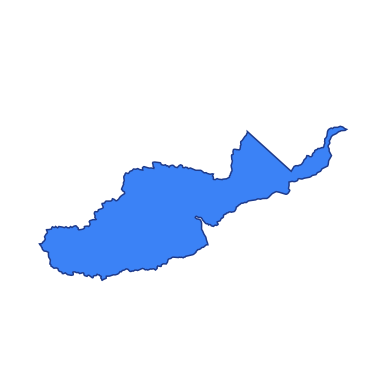 Huacaybamba, Huánuco, Peru (Robinson projection), rotated 310°
{"feature_id": "86281439B62210146896152", "entity_name": "Huacaybamba", "entity_type": "district", "adm_level": 2, "iso_a3": "PER", "parent_name": "Peru", "parent_adm1": "Huánuco", "projection": "robinson", "projection_center": [-76.78, -9.003], "detail": "fine", "context": "isolated", "style": "filled", "palette": "blue", "viewbox_px": 384, "rotation_deg": 310, "n_neighbors": 0, "source": "geoboundaries", "source_scale": "gbopen_adm2", "svg_char_len": 6037}
<svg xmlns="http://www.w3.org/2000/svg" viewBox="0 0 384 384"><g transform="rotate(310 192 192)"><path d="M120.3,218.5L122.4,218.3L125.0,217.1L125.9,217.3L127.5,218.5L128.9,218.7L129.9,219.3L133.1,223.8L133.8,224.0L134.3,225.0L135.3,225.9L136.0,227.6L137.0,227.8L137.7,228.5L138.6,228.5L144.5,232.9L145.4,233.3L148.3,233.8L149.0,233.4L151.6,233.5L152.4,234.3L154.1,235.1L155.6,235.1L157.1,236.3L160.7,236.9L161.8,238.1L162.8,236.8L164.3,234.2L166.3,231.6L167.4,228.2L168.9,225.3L169.6,223.3L174.3,219.4L175.2,218.2L175.9,216.4L175.9,215.6L174.5,212.9L174.4,211.1L174.7,210.7L175.8,210.7L176.4,211.2L176.6,213.1L178.1,215.0L178.2,215.5L178.0,217.0L177.5,217.8L176.7,222.6L177.1,223.8L177.8,224.4L177.4,225.8L178.1,226.1L178.9,227.1L178.5,228.5L179.4,230.5L181.2,230.9L181.8,231.4L182.3,232.4L183.7,232.8L184.2,232.7L184.6,231.3L185.3,230.5L188.2,232.1L189.6,231.6L191.0,231.5L191.5,232.0L192.9,232.2L194.4,231.1L194.9,231.1L196.3,231.6L196.8,232.1L198.0,232.0L199.2,232.9L200.7,233.3L201.6,234.4L201.7,235.0L204.0,236.8L205.2,237.0L206.9,236.7L209.1,235.6L210.3,236.2L211.6,236.1L213.2,236.7L215.1,237.0L216.3,238.3L218.0,239.1L218.6,240.2L219.7,240.6L221.4,240.9L226.9,245.8L228.9,246.7L229.5,247.4L230.5,249.1L232.4,250.3L235.2,253.5L237.0,254.1L242.4,254.5L246.4,256.2L247.9,259.0L250.3,264.7L250.8,265.6L251.8,266.2L253.3,266.4L255.9,266.0L256.3,265.5L256.4,264.3L256.8,263.6L259.5,262.1L262.0,259.9L264.5,261.8L265.6,263.6L266.5,264.4L268.2,265.3L268.9,265.4L270.0,264.9L271.0,265.3L272.3,267.5L273.0,268.2L274.7,269.1L278.9,272.6L280.2,273.2L282.0,273.5L285.0,275.8L287.4,275.6L290.5,277.1L293.4,276.7L299.1,279.2L300.7,278.6L303.8,276.6L309.5,275.5L311.4,270.9L313.3,269.2L313.8,267.9L314.5,266.8L315.4,266.4L317.7,266.3L318.6,265.6L319.3,264.3L321.1,264.1L323.9,263.2L325.8,263.3L329.5,265.0L332.6,265.6L333.4,266.3L334.7,266.7L337.6,269.7L339.4,270.2L338.7,268.1L338.8,266.6L338.6,265.5L337.6,263.3L335.2,262.1L332.9,259.3L331.0,258.9L330.5,257.6L330.1,257.3L328.3,256.6L326.9,256.5L325.5,256.9L321.5,259.4L319.9,259.8L317.9,259.6L316.9,260.6L316.0,261.0L315.3,262.0L314.5,262.6L313.3,262.8L311.3,263.9L310.5,264.0L310.1,263.8L309.8,263.1L307.2,261.7L306.3,260.5L305.0,260.5L303.5,259.6L302.7,259.4L301.5,260.1L299.3,259.8L298.0,260.1L297.4,260.8L295.8,260.7L294.8,259.6L294.7,257.9L293.7,256.6L291.5,257.5L288.5,257.2L286.6,257.9L283.7,258.1L282.4,257.7L281.4,256.8L280.6,256.7L278.9,254.6L277.2,253.8L271.6,254.7L273.9,195.5L273.1,196.3L271.4,196.6L270.3,197.1L268.5,196.8L263.9,197.3L261.9,197.0L260.8,197.8L259.7,199.2L258.6,199.3L257.4,200.3L255.4,201.3L254.5,201.0L253.8,199.7L253.2,199.2L253.0,198.4L251.8,196.8L251.1,196.5L249.3,197.4L247.6,199.2L247.1,199.2L246.0,198.6L245.2,198.9L242.6,201.5L241.9,202.9L239.7,204.1L237.5,204.9L236.1,206.5L235.5,207.5L234.1,208.9L233.0,209.3L232.3,209.1L231.3,209.8L230.4,209.8L229.6,210.5L228.4,210.4L227.4,211.2L224.2,209.9L221.7,207.4L221.2,207.4L220.8,207.0L218.9,204.2L218.4,202.6L216.5,201.9L215.5,200.5L215.5,200.1L216.7,199.2L217.4,198.2L217.4,197.4L219.5,196.8L219.1,196.0L217.2,194.4L216.0,191.6L215.9,190.4L214.5,189.0L214.4,185.4L214.1,184.6L211.0,180.8L209.4,175.4L207.5,174.1L207.7,172.6L207.3,172.2L207.1,171.4L206.8,171.0L205.6,170.5L205.0,169.5L204.9,169.2L206.0,167.6L205.6,165.9L204.2,165.2L201.2,165.0L200.4,163.4L200.2,162.6L200.4,160.8L199.8,159.6L198.1,158.4L196.3,158.5L196.5,157.1L196.3,156.3L195.7,155.8L195.8,154.2L194.1,152.9L193.3,150.9L194.0,149.4L194.0,148.8L191.0,144.2L189.7,143.0L188.8,143.2L187.9,144.6L186.6,145.9L186.4,147.1L185.5,147.6L184.1,145.2L182.8,143.9L180.6,138.9L180.0,138.6L178.7,138.5L177.1,140.2L175.5,137.4L175.1,135.4L173.4,134.4L172.0,132.4L169.9,132.3L168.0,131.2L165.6,131.4L165.0,131.1L164.2,129.2L163.9,129.0L162.6,129.2L162.0,129.6L160.3,129.7L159.2,130.5L157.1,132.9L154.8,133.6L154.0,134.6L149.0,136.1L148.7,136.4L148.7,137.4L148.3,138.0L148.6,140.3L147.5,141.4L143.7,140.3L141.6,140.1L139.3,140.4L137.1,140.0L136.4,139.4L136.3,136.8L135.7,135.4L134.1,136.0L132.7,135.5L129.9,132.1L129.2,131.8L127.3,132.1L125.4,130.5L124.7,131.0L123.4,133.7L122.8,134.0L121.5,133.7L118.3,131.7L117.3,132.2L115.9,132.1L114.9,130.6L114.1,130.3L112.9,130.8L112.0,132.0L111.6,133.1L110.2,133.8L109.3,136.2L108.9,136.0L107.2,133.9L104.3,132.2L103.1,132.4L102.4,134.0L101.7,134.8L99.4,135.1L99.1,135.0L98.6,133.7L96.8,132.0L96.3,131.8L95.2,132.8L94.4,132.7L93.1,132.1L90.3,129.7L90.2,128.9L91.2,128.2L91.3,126.6L91.6,125.3L91.1,124.3L89.6,123.4L87.7,122.9L87.5,121.2L85.6,121.0L84.6,119.6L84.4,117.8L82.6,117.1L81.8,115.2L80.0,112.2L78.5,112.2L78.1,112.0L77.9,109.6L76.7,109.6L76.2,109.2L75.6,107.4L74.5,107.5L73.3,108.1L71.3,106.6L69.8,104.9L69.4,104.8L68.9,106.0L68.1,107.2L67.2,107.5L65.9,107.3L62.9,107.8L61.7,109.8L61.0,110.2L60.2,110.0L58.9,110.3L57.8,109.9L56.8,110.2L55.7,109.9L54.2,108.5L53.8,109.6L53.8,110.7L53.2,111.7L52.9,113.2L52.3,113.6L52.0,114.3L51.7,116.1L51.8,116.8L52.9,118.5L53.5,120.9L52.1,121.9L50.1,123.9L48.9,127.2L45.5,129.4L45.7,129.9L45.6,130.5L44.6,131.7L44.9,133.2L44.8,134.9L45.4,135.8L46.6,136.8L47.1,138.3L47.0,138.8L46.1,140.1L46.0,141.5L46.8,143.2L46.8,144.1L46.2,145.1L46.9,146.1L48.6,146.9L48.7,149.8L50.6,153.1L51.7,154.0L52.3,154.2L53.0,153.7L53.9,152.3L54.4,152.4L55.6,153.7L55.9,155.2L57.4,156.9L57.2,158.2L58.2,159.1L59.5,159.8L60.1,160.6L60.2,161.3L59.1,162.6L59.0,163.6L59.9,165.8L61.4,165.9L62.0,166.6L62.2,170.6L62.5,171.1L62.9,171.2L64.2,170.6L65.0,170.9L66.4,172.3L68.0,172.2L68.2,173.4L68.9,174.2L68.6,175.0L69.0,176.5L68.9,176.8L67.5,177.4L67.3,178.5L66.6,179.5L66.6,179.9L68.4,180.5L70.7,181.7L72.4,180.5L74.7,183.0L78.1,185.0L79.2,186.5L80.9,187.6L82.4,188.2L84.7,188.1L85.4,189.1L87.1,189.1L88.8,190.4L90.8,191.0L91.6,192.5L91.3,195.4L91.8,196.3L93.0,196.9L93.7,197.9L95.5,198.5L96.6,199.9L96.9,200.8L101.5,203.1L102.2,204.4L102.3,206.2L103.5,207.2L103.8,208.3L106.5,209.8L107.0,210.7L108.3,211.7L108.6,212.3L108.8,214.2L110.9,214.4L111.5,214.2L112.0,213.5L113.3,213.3L114.9,216.0L115.5,216.1L116.5,215.4L118.5,216.1L120.3,218.5Z" fill="#3b82f6" stroke="#1e3a8a" stroke-width="1.5"/></g></svg>